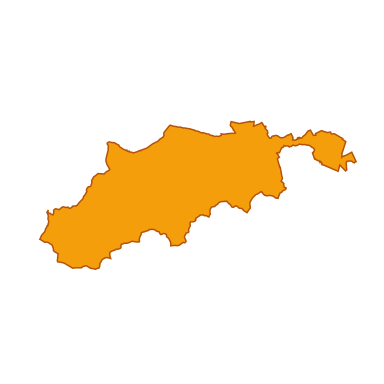 Garcina, Neamt, Romania, rotated 315°
{"feature_id": "2599482B24774120004801", "entity_name": "Garcina", "entity_type": "district", "adm_level": 2, "iso_a3": "ROU", "parent_name": "Romania", "parent_adm1": "Neamt", "projection": "orthographic", "projection_center": [26.305, 47.002], "detail": "fine", "context": "isolated", "style": "filled", "palette": "amber", "viewbox_px": 384, "rotation_deg": 315, "n_neighbors": 0, "source": "geoboundaries", "source_scale": "gbopen_adm2", "svg_char_len": 6072}
<svg xmlns="http://www.w3.org/2000/svg" viewBox="0 0 384 384"><g transform="rotate(315 192 192)"><path d="M319.5,232.0L317.5,231.0L317.4,231.2L315.3,231.1L313.2,231.6L309.6,231.2L307.8,231.5L307.4,231.4L306.4,229.1L305.6,229.0L305.2,228.4L304.7,228.5L305.4,229.8L301.1,228.1L300.9,227.4L300.0,226.4L300.7,226.1L302.0,224.7L303.3,220.8L301.2,220.2L299.6,219.3L296.0,218.6L294.9,218.0L293.8,217.2L293.1,216.3L292.4,214.2L292.3,212.8L291.2,211.1L289.6,210.4L289.2,209.8L288.2,209.4L287.3,209.3L286.1,209.8L285.2,209.2L285.1,207.2L285.6,205.0L286.5,203.9L287.1,204.1L288.2,202.7L288.5,202.3L288.8,198.8L289.1,198.5L290.5,198.1L290.6,197.6L289.5,197.4L289.9,194.3L290.1,194.2L290.5,192.2L288.2,191.7L282.1,189.0L285.8,186.1L283.0,183.9L282.6,183.4L282.9,183.1L282.6,182.9L273.9,177.1L269.4,169.9L266.5,171.7L265.8,172.8L266.1,174.4L265.7,175.5L265.5,176.9L265.0,177.3L265.0,178.7L264.5,181.0L263.1,180.3L262.1,179.0L257.8,175.4L256.1,174.4L255.4,173.5L254.4,172.8L254.1,171.9L253.7,171.5L253.4,172.3L252.9,172.6L251.8,172.1L251.2,172.2L250.0,171.4L248.8,169.9L247.0,168.4L246.6,166.8L246.0,166.3L245.5,165.0L244.9,164.4L244.9,163.2L244.5,162.4L243.6,161.5L243.1,160.2L241.9,158.3L241.8,157.8L240.8,157.2L240.2,156.1L239.2,153.2L237.9,151.7L237.7,150.4L235.0,145.6L232.3,141.9L231.6,140.9L230.9,140.5L230.1,138.6L229.5,137.7L228.1,136.4L226.8,134.1L225.5,132.5L223.9,129.4L222.5,129.2L214.4,130.1L213.6,130.5L212.1,132.2L210.8,132.8L206.5,131.9L203.8,132.0L198.2,130.1L191.5,129.1L188.1,127.7L187.5,127.2L185.0,126.5L185.2,126.2L184.8,125.9L181.4,124.6L179.3,123.5L178.1,122.7L177.2,120.8L176.0,119.4L176.5,118.7L175.4,118.0L175.0,117.5L175.6,116.3L174.6,115.5L173.6,112.9L172.8,108.8L173.4,106.9L172.7,105.1L172.0,102.3L170.6,100.7L168.9,98.1L167.8,97.5L167.0,97.4L166.1,97.8L165.4,100.4L163.5,101.8L162.5,103.0L156.3,106.7L154.6,107.8L153.0,109.3L151.3,112.5L150.8,114.8L149.7,118.0L147.4,117.8L146.1,117.1L142.6,117.1L138.6,112.5L135.0,112.2L133.5,111.8L132.2,112.0L131.2,112.5L129.9,112.6L128.7,113.5L127.8,114.6L124.8,116.2L123.3,116.0L123.0,115.5L122.2,115.0L120.4,115.2L118.5,116.1L117.8,117.5L115.7,117.9L114.4,118.4L112.2,118.5L110.5,119.5L108.3,119.7L105.2,119.7L100.7,120.2L97.4,117.5L96.3,117.9L94.7,117.5L93.6,116.5L93.6,115.0L91.8,113.7L90.5,111.4L89.0,110.8L85.9,110.6L85.3,110.2L84.6,108.7L83.4,107.2L81.3,107.1L79.5,108.9L77.6,109.9L76.6,108.1L76.7,106.9L75.9,105.8L75.8,105.2L76.1,104.1L77.7,103.2L75.2,103.7L74.9,104.0L74.3,105.9L73.4,107.4L71.2,109.1L70.0,111.3L68.7,112.4L67.4,112.9L66.5,113.9L65.9,113.8L65.6,113.5L65.2,114.0L62.5,114.5L60.0,115.9L54.8,116.3L52.2,117.5L51.0,117.7L52.4,123.5L53.8,124.7L54.5,125.7L54.7,126.3L54.8,127.7L55.6,130.3L54.2,133.6L52.6,135.5L52.6,137.1L53.7,141.1L52.1,142.1L49.7,144.2L48.5,145.0L47.6,146.3L49.6,149.0L51.1,151.5L51.7,153.3L53.8,161.5L56.0,163.2L60.3,167.5L62.1,167.6L64.4,168.9L65.3,169.8L66.3,174.2L67.2,175.2L67.7,176.3L68.4,177.0L69.1,178.4L71.2,179.1L72.4,180.0L74.4,179.1L76.4,177.4L78.1,177.1L80.1,176.4L81.9,176.5L85.1,177.7L86.8,180.1L87.5,181.5L88.8,179.1L90.6,177.0L92.1,176.7L95.0,177.7L96.0,178.4L98.2,179.0L99.5,180.3L101.7,181.2L102.9,180.7L104.4,179.2L105.2,179.0L105.9,179.6L107.8,180.3L109.5,182.0L111.0,183.0L114.7,184.4L117.2,187.7L118.7,189.5L119.5,189.9L119.8,189.9L121.4,188.0L124.4,186.5L125.3,186.4L127.2,185.1L128.7,185.4L129.9,186.4L131.5,186.9L133.1,188.0L134.2,188.4L135.2,188.3L137.6,190.4L139.0,192.3L139.1,194.1L139.5,194.9L139.5,195.3L140.6,196.7L139.7,199.5L139.7,199.9L141.2,200.8L142.1,201.0L142.9,201.7L143.3,202.2L143.8,203.7L143.5,204.5L142.4,205.7L142.7,207.1L142.6,208.7L141.4,212.2L140.6,213.4L138.9,215.1L140.4,216.1L142.6,218.2L143.5,219.4L145.1,220.5L148.4,221.2L150.0,221.2L150.2,221.4L150.4,222.2L151.3,222.9L151.7,223.0L152.7,222.8L153.6,221.7L153.6,221.3L154.6,218.8L155.9,217.7L157.2,217.6L158.7,216.9L161.0,218.1L162.2,217.3L163.1,216.0L164.4,215.6L165.0,215.2L166.7,214.8L169.0,212.2L170.1,212.3L172.1,214.2L174.1,214.8L175.1,214.4L175.2,213.8L175.9,213.3L180.9,214.2L181.4,214.0L183.5,215.9L184.1,217.6L185.4,218.9L186.0,221.3L186.3,221.6L188.4,220.7L189.4,220.6L189.7,219.8L191.7,217.7L192.7,217.1L194.6,216.6L195.4,216.6L196.1,217.0L196.3,217.3L197.8,218.3L199.7,218.3L201.4,218.8L204.0,218.5L206.1,219.7L209.9,223.0L209.7,223.2L210.0,224.0L209.8,226.2L210.2,227.9L209.6,230.8L210.2,231.9L211.1,232.3L212.8,232.5L213.8,233.7L213.9,236.7L215.6,239.0L215.7,239.6L215.4,241.0L215.7,243.2L216.2,244.6L216.1,245.1L216.4,245.6L219.9,244.7L221.6,244.7L222.8,243.7L223.7,242.2L225.5,240.4L228.8,239.4L231.5,238.9L235.2,239.0L237.4,239.9L241.1,240.5L241.3,240.7L241.1,241.2L241.2,241.8L241.4,242.1L241.0,243.5L241.0,245.6L241.8,246.7L241.8,247.2L244.4,249.3L246.2,251.6L246.7,253.8L246.9,255.4L248.4,257.4L249.2,256.8L253.4,255.0L255.3,255.6L257.4,255.4L259.5,256.3L261.1,256.1L261.4,255.8L261.2,254.9L260.5,254.0L262.3,251.3L262.8,251.2L263.0,249.3L262.6,247.4L265.0,246.6L266.2,245.5L266.4,244.8L271.4,237.6L271.8,236.9L271.5,236.8L271.6,236.5L275.9,228.8L278.4,229.2L278.8,227.1L279.5,226.1L279.0,224.5L279.4,224.3L280.8,224.9L281.6,226.1L286.0,224.3L287.1,224.2L287.1,224.5L288.8,224.9L290.0,224.3L290.1,224.8L290.5,225.5L292.4,227.1L292.6,229.0L293.4,229.2L294.5,230.0L296.4,230.2L297.2,231.1L297.4,231.9L297.8,232.5L299.3,233.4L301.8,234.1L303.6,236.7L305.3,238.2L306.6,240.4L307.2,240.8L308.3,243.1L308.4,245.4L309.0,247.0L308.4,248.8L307.2,249.5L306.4,249.4L305.8,249.9L305.0,249.5L304.5,250.2L302.0,255.4L302.1,255.6L302.6,255.5L302.5,256.8L303.7,260.1L303.8,260.6L303.5,261.4L304.3,260.9L304.3,261.1L304.4,262.4L304.2,263.6L303.2,264.4L304.2,266.2L310.0,280.7L315.6,277.4L315.5,285.7L317.1,285.8L318.1,284.3L320.0,282.4L320.9,281.0L322.8,279.9L323.4,280.0L325.0,281.1L326.7,283.1L326.9,285.0L327.4,286.2L328.4,286.0L329.5,286.6L333.1,276.8L327.5,275.2L323.7,273.4L322.6,273.4L325.1,270.9L336.4,265.1L335.6,261.0L336.3,260.8L334.1,252.3L333.6,251.0L332.5,250.5L331.6,249.5L332.3,247.5L329.5,245.5L329.2,244.4L328.5,243.4L327.0,240.2L320.6,238.0L319.8,239.4L317.9,237.9L318.2,236.5L319.5,232.0Z" fill="#f59e0b" stroke="#b45309" stroke-width="1.5"/></g></svg>